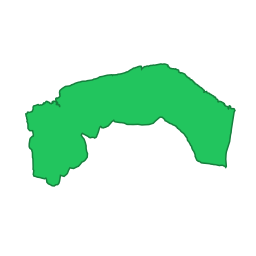 West Tanna, Tafea, Vanuatu, rotated 99°
{"feature_id": "77236927B19394632379581", "entity_name": "West Tanna", "entity_type": "district", "adm_level": 2, "iso_a3": "VUT", "parent_name": "Vanuatu", "parent_adm1": "Tafea", "projection": "orthographic", "projection_center": [169.261, -19.471], "detail": "fine", "context": "isolated", "style": "filled", "palette": "green", "viewbox_px": 256, "rotation_deg": 99, "n_neighbors": 0, "source": "geoboundaries", "source_scale": "gbopen_adm2", "svg_char_len": 5729}
<svg xmlns="http://www.w3.org/2000/svg" viewBox="0 0 256 256"><g transform="rotate(99 128 128)"><path d="M149.9,53.3L149.9,51.9L150.9,50.2L150.9,48.3L150.5,42.0L150.7,40.4L150.6,39.2L150.7,37.7L150.5,35.5L150.8,31.8L150.3,30.5L150.1,29.0L150.1,28.3L150.5,27.4L150.6,26.4L151.6,25.3L150.5,24.9L143.4,26.6L138.2,27.1L136.0,27.1L125.5,25.5L118.7,25.7L116.5,25.5L112.7,25.7L95.6,25.7L93.9,25.1L93.4,25.6L92.7,25.9L92.5,26.1L92.4,27.0L92.7,28.8L92.6,29.3L92.1,29.7L91.1,29.9L90.7,30.2L90.3,30.7L90.2,31.4L90.6,31.5L91.0,31.4L91.3,31.8L92.4,31.5L93.0,31.5L93.4,31.8L93.1,32.1L92.3,32.1L92.0,32.3L91.5,32.9L91.2,33.5L91.1,34.7L90.7,35.7L90.5,36.0L89.9,36.0L89.7,36.6L89.5,36.9L89.3,36.9L89.0,36.6L88.8,36.7L88.8,37.3L88.1,38.1L88.0,38.8L87.5,39.9L87.3,41.6L87.4,42.0L87.9,42.5L88.1,43.0L87.8,43.3L86.8,43.4L86.0,44.0L85.7,44.4L85.8,45.0L85.1,45.9L84.1,46.3L83.9,46.5L83.9,46.8L84.1,47.1L84.1,47.6L83.6,47.8L83.0,48.5L82.7,49.9L82.2,50.6L82.0,51.3L81.7,51.7L81.8,52.4L81.0,53.3L80.9,55.1L80.8,55.5L80.4,55.9L79.7,56.0L79.7,56.3L80.0,56.5L80.1,57.7L80.6,58.0L80.8,58.6L80.5,58.7L80.1,58.5L78.9,58.6L78.9,59.1L78.7,59.4L77.6,60.5L77.4,61.2L76.9,61.6L76.3,63.4L75.5,64.5L75.4,65.1L75.1,65.3L75.0,65.8L74.6,66.0L74.4,66.8L74.1,67.1L73.8,68.7L73.0,69.0L72.9,69.7L72.6,70.0L72.1,70.2L72.1,70.6L71.6,70.9L71.5,71.4L71.0,71.8L70.8,72.4L70.4,72.7L70.6,73.9L69.4,74.7L69.4,75.3L69.0,75.6L69.1,76.2L68.5,76.8L68.5,77.5L67.7,78.1L67.6,78.6L67.4,78.8L65.9,80.3L65.2,82.8L65.1,84.3L65.5,84.7L65.0,85.5L65.1,86.0L65.0,86.3L64.8,86.5L64.3,86.6L64.0,86.9L63.1,87.0L62.9,87.2L62.6,89.3L62.1,90.1L62.2,90.5L62.5,90.6L62.6,90.9L62.3,92.1L62.4,92.7L62.6,93.7L62.4,94.2L62.5,95.0L62.4,95.8L61.7,96.5L61.2,97.4L61.1,98.2L60.7,98.3L59.9,98.2L59.7,98.4L59.4,99.3L59.3,99.9L59.1,100.9L59.1,102.4L59.6,103.7L59.6,105.6L59.8,106.1L61.8,111.5L61.9,112.9L62.4,113.9L62.6,115.3L63.4,116.9L63.9,117.5L63.7,117.7L63.7,118.1L63.9,119.1L64.5,120.0L64.9,121.5L65.6,122.0L66.8,123.1L67.7,123.7L66.1,124.0L65.1,124.4L65.0,124.6L65.0,125.0L65.5,125.1L65.2,125.8L65.2,126.1L65.6,127.1L65.8,127.2L66.2,128.3L66.6,128.6L67.0,129.7L67.5,130.3L68.0,131.9L68.4,132.4L68.9,132.8L70.6,135.0L72.6,137.1L72.9,138.3L73.9,139.6L75.5,143.1L76.0,144.5L76.4,146.1L76.6,146.6L77.1,147.0L77.2,148.1L77.5,148.8L77.9,151.1L78.0,151.4L78.4,151.6L78.0,152.0L78.0,152.4L79.1,156.7L79.8,158.4L81.0,161.1L81.9,163.8L83.7,166.0L84.7,168.1L85.0,169.3L85.8,170.2L86.3,171.2L87.6,175.5L88.4,177.1L88.8,179.4L89.1,180.7L89.9,182.2L90.2,183.0L90.4,183.3L90.5,184.0L92.2,187.3L93.3,188.7L94.2,190.5L95.0,191.3L95.6,192.3L96.7,196.2L97.6,197.3L98.4,198.1L99.0,198.9L101.5,201.0L102.2,201.2L103.7,201.2L103.9,201.1L104.5,201.0L105.0,200.5L105.3,200.5L105.5,200.7L105.8,200.7L106.2,200.5L106.8,200.1L107.2,200.1L107.5,200.5L108.1,200.6L108.9,201.4L109.1,201.8L109.8,202.3L109.5,202.7L109.5,202.9L109.6,203.4L110.1,203.9L110.6,203.8L111.3,203.8L111.7,203.5L112.6,203.4L113.9,201.6L114.4,201.6L115.1,202.1L115.6,202.2L115.7,201.7L115.5,200.7L115.9,199.5L116.2,199.2L116.6,199.0L117.5,198.8L118.1,198.8L116.6,199.3L116.2,199.7L116.1,200.0L116.1,200.4L115.9,201.1L116.1,202.4L115.9,202.5L115.5,202.5L114.9,202.4L114.6,202.2L114.2,202.2L113.6,202.9L113.4,203.4L113.0,205.3L113.8,206.9L113.7,207.0L114.3,206.8L114.3,206.7L114.1,206.8L113.8,206.3L113.8,206.1L114.1,206.2L114.8,206.1L115.1,206.2L115.4,206.6L115.5,207.3L116.1,207.7L115.8,208.4L115.9,209.0L115.5,209.3L115.4,209.7L115.1,209.8L114.8,210.5L114.8,210.9L115.0,211.2L114.5,211.7L114.4,212.5L114.6,213.0L116.3,213.9L116.3,214.8L116.8,214.7L117.4,214.9L117.5,215.1L117.3,215.5L117.9,215.8L118.6,216.5L118.9,217.0L118.9,218.1L119.4,219.0L119.4,219.3L119.4,219.7L118.9,220.3L119.0,220.8L119.4,221.5L119.9,222.1L121.0,224.6L121.3,224.8L122.3,225.0L124.5,224.6L125.5,225.1L126.4,225.1L126.8,225.4L128.0,227.7L128.1,228.5L127.9,229.1L128.0,229.5L128.3,229.8L129.5,229.9L130.0,230.5L130.1,231.1L132.3,230.4L133.2,229.8L134.9,229.4L135.6,228.7L137.4,228.8L138.5,228.0L139.9,227.4L144.1,226.7L145.1,225.7L146.0,224.6L145.6,221.8L149.2,220.5L150.8,220.3L151.1,221.1L153.5,222.9L154.8,223.1L158.8,223.1L160.5,222.9L162.1,222.6L162.8,222.1L163.5,221.6L164.4,219.7L165.5,219.4L167.0,218.6L172.0,217.7L173.1,217.1L181.3,215.6L183.7,215.3L184.7,214.4L188.6,214.3L190.2,213.4L190.3,211.7L190.7,210.0L190.7,207.0L191.0,205.1L191.2,202.3L190.4,201.3L191.4,200.5L194.3,199.6L195.6,197.9L196.1,195.9L196.9,194.0L196.8,191.8L195.4,190.5L194.9,188.6L193.6,187.7L191.2,187.3L185.3,187.3L185.8,183.6L183.2,181.3L182.0,180.7L179.1,180.1L176.3,179.1L176.5,178.1L176.5,175.4L174.1,172.0L173.6,171.0L171.6,169.7L168.9,168.2L167.7,166.4L166.3,165.2L163.2,163.7L159.6,164.0L157.6,165.2L154.6,166.2L152.1,166.6L148.9,168.0L145.8,169.7L144.1,171.7L142.5,173.0L140.9,172.6L140.4,172.3L142.6,165.9L142.8,165.5L143.2,165.2L143.4,164.7L143.5,163.5L142.8,162.1L142.7,160.0L143.1,159.4L142.2,158.1L141.0,157.6L140.3,157.6L139.1,157.2L136.5,156.7L132.6,156.2L131.2,155.7L130.7,155.2L130.9,154.8L131.8,153.9L131.7,152.2L131.4,151.7L131.2,151.5L130.7,150.2L129.7,149.0L129.5,148.5L129.1,147.9L126.3,146.1L124.2,144.9L122.6,143.3L123.5,142.7L123.9,141.8L123.9,136.5L123.7,135.4L123.7,132.4L124.6,129.5L123.7,123.1L122.8,118.8L122.8,114.8L121.3,107.8L119.3,103.8L116.9,102.1L112.5,98.4L112.1,97.5L112.1,95.7L113.2,94.2L113.6,93.3L115.0,92.5L115.2,91.3L116.4,88.5L116.9,87.3L117.1,85.6L117.8,84.2L118.0,83.1L118.7,80.8L119.1,80.7L119.8,79.4L120.5,79.1L120.6,78.6L121.1,77.7L121.5,77.2L121.9,76.2L123.0,75.2L124.0,73.5L124.2,73.0L125.0,71.7L127.7,69.2L128.4,68.2L130.8,67.3L131.6,66.5L132.2,65.7L134.0,64.3L135.4,63.4L136.1,62.4L138.1,61.6L139.0,61.0L140.0,60.2L140.7,59.4L141.6,58.8L143.9,57.5L145.6,57.2L146.8,56.4L149.0,55.0L149.9,53.3Z" fill="#22c55e" stroke="#15803d" stroke-width="1.5"/></g></svg>